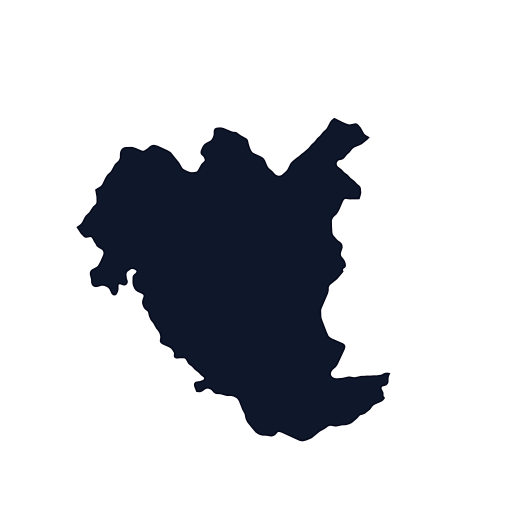 outline of San Francisco de Macorís, Duarte, Dominican Republic, rotated 294°
{"feature_id": "3306468B54253052941239", "entity_name": "San Francisco de Macorís", "entity_type": "district", "adm_level": 2, "iso_a3": "DOM", "parent_name": "Dominican Republic", "parent_adm1": "Duarte", "projection": "orthographic", "projection_center": [-70.214, 19.332], "detail": "fine", "context": "isolated", "style": "filled", "palette": "ink", "viewbox_px": 512, "rotation_deg": 294, "n_neighbors": 0, "source": "geoboundaries", "source_scale": "gbopen_adm2", "svg_char_len": 6116}
<svg xmlns="http://www.w3.org/2000/svg" viewBox="0 0 512 512"><g transform="rotate(294 256 256)"><path d="M410.0,310.6L410.4,307.0L410.9,305.1L412.0,303.4L415.2,299.3L416.9,295.6L417.2,294.6L417.1,293.5L416.9,293.0L414.0,289.0L413.4,287.8L413.1,286.4L412.9,283.7L412.9,280.1L413.3,271.7L410.6,270.4L408.8,269.9L402.2,269.5L400.3,269.2L396.5,267.5L391.6,266.2L388.4,264.7L384.1,263.7L380.3,262.0L375.5,260.7L370.0,258.1L366.9,256.4L364.6,255.4L361.6,253.6L356.7,251.2L354.2,250.5L348.3,250.3L345.8,249.8L340.3,247.3L339.4,246.6L338.6,245.7L337.9,244.6L337.6,243.4L337.5,242.1L337.7,240.2L339.6,235.9L340.8,231.6L342.3,229.3L346.6,224.7L347.3,223.6L347.9,222.3L348.2,219.6L348.3,212.6L348.4,211.2L348.8,209.9L349.9,208.1L351.7,206.1L354.9,203.3L358.1,200.9L358.8,199.3L359.4,192.3L360.4,188.1L360.3,187.1L359.4,184.5L359.2,183.1L359.0,174.7L358.7,172.6L358.1,170.9L356.7,168.5L356.1,167.7L355.1,167.1L353.5,167.1L350.6,168.4L348.7,168.9L346.5,169.0L344.4,168.8L343.1,168.4L341.9,167.7L338.8,165.2L337.2,164.2L335.8,163.7L333.8,163.4L330.3,163.4L329.1,163.6L327.9,164.1L327.5,164.4L326.9,165.3L325.9,168.2L323.8,170.5L322.4,171.0L321.3,170.9L318.3,169.6L317.0,169.3L310.9,168.8L309.6,168.6L308.5,168.0L307.8,167.2L306.3,164.8L305.3,162.5L304.9,159.0L305.1,154.8L305.4,153.4L306.0,152.2L309.5,147.4L313.6,139.3L315.0,136.7L315.5,135.4L315.9,131.9L316.0,121.1L315.5,118.3L315.0,117.1L313.8,115.8L312.8,115.1L310.1,113.9L306.8,111.9L305.6,110.6L305.2,109.5L305.1,108.2L305.0,102.0L304.7,99.2L304.3,98.0L301.7,92.6L300.9,91.7L300.0,91.0L298.8,90.5L297.6,90.3L296.3,90.3L294.5,90.7L290.8,92.3L289.6,92.5L287.7,92.5L286.4,92.2L283.3,90.8L282.0,90.4L275.7,89.9L273.7,89.6L269.8,87.9L268.5,87.6L265.8,87.3L258.8,87.1L256.3,86.4L251.3,82.9L245.7,86.7L240.9,89.0L239.7,89.3L238.5,89.3L237.4,89.0L234.8,87.8L233.6,87.5L227.9,86.6L223.4,84.7L221.4,84.4L216.5,84.2L214.4,83.8L212.7,83.1L209.6,81.2L205.8,87.1L204.3,90.8L204.0,91.8L204.1,92.8L204.4,93.4L206.3,96.1L206.8,97.1L206.9,97.7L206.6,98.8L205.7,100.3L203.7,102.7L202.2,105.1L200.9,106.6L200.4,108.1L199.8,113.0L199.3,114.1L198.1,115.5L196.5,116.4L194.5,116.7L187.5,116.7L183.4,116.4L182.1,116.1L180.9,115.5L176.3,112.0L175.1,111.6L173.9,111.6L172.1,112.2L168.0,115.4L164.8,117.0L163.5,118.3L163.0,119.3L162.8,121.1L163.3,122.3L163.9,123.4L166.5,126.4L167.1,127.5L167.7,129.4L167.8,131.3L167.7,133.3L167.1,135.2L166.0,136.8L163.5,139.6L163.0,140.6L162.8,141.7L163.3,142.9L163.8,143.3L164.8,143.6L167.2,143.7L169.6,143.2L173.0,141.6L174.1,141.5L174.6,141.7L175.0,142.0L175.6,142.9L175.9,146.6L176.3,147.6L177.0,148.5L178.6,148.9L179.7,148.8L180.6,148.4L182.3,146.7L186.2,144.4L187.9,144.0L189.8,144.3L193.2,146.3L194.4,147.5L194.8,148.7L195.0,150.5L194.8,152.2L194.4,153.2L194.0,153.6L192.9,154.0L191.4,153.8L189.1,152.6L188.0,152.4L186.8,152.5L181.4,154.8L179.2,156.4L177.4,158.4L176.4,160.1L175.9,162.1L175.8,167.6L175.5,168.8L174.9,169.8L173.4,170.5L169.2,170.9L168.0,171.3L166.8,171.9L165.3,173.1L163.9,174.6L163.2,175.7L162.7,176.9L162.0,179.6L161.5,180.6L157.9,183.3L155.4,186.0L153.4,189.8L149.8,194.6L148.4,197.4L147.3,199.0L145.9,200.5L144.3,201.7L142.6,202.5L139.9,203.2L139.0,203.8L138.6,204.3L138.2,205.4L138.0,206.7L138.0,213.6L137.6,216.3L136.8,217.9L134.9,220.7L134.1,221.3L131.4,222.3L130.7,223.1L130.6,223.6L130.8,225.2L132.2,227.5L134.0,231.6L134.2,232.7L134.1,233.2L133.3,234.8L131.0,237.8L130.4,239.0L129.6,242.7L127.9,246.5L126.9,250.8L125.3,254.7L124.7,257.4L124.3,258.4L123.9,258.8L122.9,259.2L121.7,259.1L120.7,258.6L118.5,256.3L116.3,252.9L115.9,252.5L114.9,252.1L113.8,252.2L112.2,253.1L108.4,256.9L108.9,258.7L109.7,260.3L111.0,261.5L114.5,263.5L115.6,264.9L116.1,266.0L116.3,267.2L116.3,269.1L116.0,270.3L114.6,273.4L114.4,275.2L114.7,276.3L116.0,279.5L116.9,285.9L118.8,290.3L119.2,292.3L119.2,294.2L119.0,296.2L118.6,297.4L117.2,299.7L110.5,306.5L107.6,310.3L103.7,313.1L102.3,314.6L101.1,316.1L98.0,322.1L95.4,327.5L94.9,330.0L94.8,332.0L95.2,334.6L96.8,338.5L97.7,342.1L98.1,343.3L98.8,344.2L100.1,345.4L101.1,345.9L104.3,346.9L104.7,347.2L105.3,348.2L105.6,349.4L105.8,351.4L105.6,370.7L105.8,372.0L106.4,373.8L108.4,376.4L111.3,379.2L112.8,380.5L122.1,385.2L126.4,388.5L129.6,390.3L131.0,391.4L131.7,392.4L132.2,393.5L133.0,397.1L133.5,398.3L137.0,403.2L138.7,406.6L139.5,407.6L140.9,409.2L142.4,410.5L143.5,411.2L149.0,413.8L152.9,415.0L153.7,415.7L155.0,417.4L156.6,419.0L162.4,422.0L166.2,422.8L167.9,423.5L169.5,424.7L173.4,428.3L174.9,429.6L176.6,430.4L178.4,430.8L179.3,429.1L180.2,428.5L182.1,427.7L182.9,427.1L184.8,424.7L185.6,424.0L186.5,423.6L187.6,423.5L188.6,423.8L190.7,426.5L191.6,427.2L193.3,427.7L194.5,427.6L197.6,426.3L200.0,425.6L202.7,425.6L202.2,423.8L201.4,422.2L200.3,421.0L198.1,419.4L195.3,415.0L194.1,412.2L192.4,409.1L191.4,406.7L189.7,403.6L188.7,401.3L184.8,396.0L184.3,394.8L183.4,391.1L182.9,389.9L179.3,385.1L176.4,379.8L175.8,377.9L175.7,376.0L176.1,374.1L176.7,373.1L177.6,372.2L178.6,371.6L179.9,371.3L181.2,371.2L183.6,371.7L187.4,373.5L190.1,374.0L206.4,374.3L208.3,374.1L209.5,373.7L210.4,372.8L210.9,371.0L210.8,358.2L211.4,355.4L212.0,354.2L214.8,351.1L223.4,342.5L225.5,340.6L227.2,339.5L232.6,336.9L234.6,336.5L251.0,336.3L253.7,335.8L256.8,334.5L258.6,334.4L260.3,334.9L268.2,338.9L277.1,341.5L278.3,340.4L279.3,340.2L280.2,340.4L281.9,341.4L283.0,341.5L284.1,341.1L285.6,340.1L287.0,338.7L288.1,337.1L289.8,333.8L290.6,333.0L291.5,332.2L293.4,331.6L298.8,331.0L300.4,330.1L301.3,329.3L301.9,328.3L302.3,327.2L302.9,324.1L303.3,323.0L305.6,318.1L306.7,316.7L308.1,315.6L312.9,313.1L318.3,310.5L319.4,310.1L321.3,310.0L323.2,310.2L327.0,311.9L329.7,312.4L333.3,312.6L341.2,312.5L343.1,312.7L344.3,313.2L344.8,313.5L345.4,314.5L346.5,318.3L347.8,321.0L349.0,323.8L350.4,326.7L354.3,326.2L356.2,325.8L360.2,323.6L361.3,322.4L362.5,318.4L363.9,315.2L365.1,310.3L366.8,306.5L367.7,302.2L369.2,298.9L370.3,294.1L370.9,293.0L371.7,292.2L372.7,291.5L373.9,291.2L375.1,291.2L376.8,291.6L377.7,292.3L379.6,294.9L380.5,295.6L381.5,296.1L385.7,297.2L389.0,298.7L392.6,299.6L394.5,300.3L396.1,301.5L400.2,305.4L401.8,306.7L407.8,309.8L410.0,310.6Z" fill="#0f172a" stroke="#020617" stroke-width="1.5"/></g></svg>